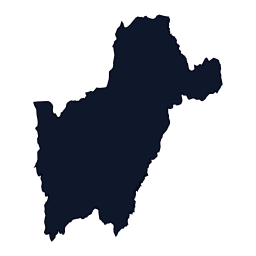 Chanae, Narathiwat, Thailand
{"feature_id": "78962969B14228474631985", "entity_name": "Chanae", "entity_type": "district", "adm_level": 2, "iso_a3": "THA", "parent_name": "Thailand", "parent_adm1": "Narathiwat", "projection": "equal_earth", "projection_center": [101.649, 6.04], "detail": "fine", "context": "isolated", "style": "filled", "palette": "ink", "viewbox_px": 256, "rotation_deg": 0, "n_neighbors": 0, "source": "geoboundaries", "source_scale": "gbopen_adm2", "svg_char_len": 5771}
<svg xmlns="http://www.w3.org/2000/svg" viewBox="0 0 256 256"><path d="M51.7,240.6L52.9,239.7L53.5,238.4L54.0,238.4L54.7,237.4L55.0,235.2L57.0,233.3L57.5,232.4L57.6,230.8L57.9,230.4L58.8,230.2L60.3,233.0L60.7,232.6L61.6,232.4L62.6,233.8L63.5,233.9L64.3,231.8L64.1,228.8L65.0,226.0L66.0,225.2L66.7,223.9L67.4,223.7L68.9,221.8L70.7,221.5L71.4,220.1L72.1,219.7L72.5,218.7L73.9,218.8L76.2,218.1L78.0,218.0L80.5,217.0L82.1,218.4L83.3,218.4L85.0,217.0L86.7,216.7L87.2,215.8L88.9,214.4L90.7,213.7L91.3,212.9L92.4,210.0L95.5,207.0L95.9,207.1L96.1,208.3L97.4,208.3L98.9,209.8L99.2,210.5L99.2,212.9L100.1,218.9L101.9,220.1L102.9,221.7L104.4,222.4L104.7,223.9L105.4,224.0L105.8,223.8L106.7,222.7L108.1,222.9L109.9,222.3L110.7,221.6L112.6,223.4L114.3,224.5L114.6,225.0L114.2,225.5L114.6,227.4L114.1,228.5L114.3,231.9L115.9,235.6L116.7,234.6L117.5,232.2L121.4,227.9L123.2,227.9L124.3,226.1L125.3,225.7L126.3,225.8L127.0,224.6L127.5,224.2L127.2,223.8L127.1,222.1L126.5,220.1L127.1,220.0L127.0,219.5L127.9,217.7L128.5,217.6L128.5,216.2L128.9,215.8L128.6,214.4L129.0,213.3L129.6,212.5L130.2,212.1L130.1,213.2L131.7,213.6L131.6,212.0L131.9,211.5L132.6,211.3L132.4,211.8L132.6,212.0L133.2,211.1L133.8,211.3L133.6,210.0L133.9,208.9L133.6,207.4L134.5,207.0L134.5,205.7L133.7,205.4L133.6,205.1L134.0,204.8L134.7,203.7L134.2,203.3L135.1,201.8L133.9,200.4L133.1,198.6L133.9,198.4L134.2,196.6L134.8,196.7L135.0,195.0L134.8,194.3L135.3,194.4L135.4,194.1L135.0,193.1L135.2,192.0L134.2,192.0L134.4,190.8L136.0,190.4L136.1,189.7L137.3,190.5L137.4,189.6L138.0,189.1L138.2,188.5L138.1,188.2L137.7,188.3L137.1,187.2L138.3,187.2L138.7,187.7L139.1,187.4L139.6,186.3L139.7,185.1L140.4,185.3L140.1,184.7L140.2,183.9L139.5,183.8L139.6,182.5L139.9,182.4L140.2,182.8L140.4,182.4L140.8,182.7L141.5,182.5L141.7,181.2L142.3,180.7L142.5,181.2L143.2,179.9L143.7,179.6L143.5,178.7L144.3,178.2L143.8,177.0L144.7,176.1L144.9,175.0L145.2,175.0L145.6,176.0L146.8,175.3L147.4,175.2L147.1,173.9L146.5,173.4L146.5,171.8L146.9,170.1L146.7,169.3L146.8,168.0L147.8,167.4L148.2,166.3L147.9,163.9L149.0,164.0L149.1,162.9L150.1,163.0L150.2,162.6L149.9,162.1L149.9,161.3L151.0,161.6L150.5,159.9L150.9,158.8L152.7,159.1L153.7,158.9L156.7,156.2L156.8,155.1L156.2,152.9L157.1,152.0L158.7,151.5L159.2,150.0L159.9,146.9L159.5,142.7L160.5,139.1L161.8,137.0L162.2,134.4L166.2,129.9L169.2,123.7L169.4,122.2L168.9,119.8L168.2,118.8L168.3,115.9L168.0,114.5L167.5,113.5L167.4,108.4L168.4,107.9L170.3,108.3L172.1,107.7L172.5,106.6L172.3,105.2L172.7,104.1L173.7,103.8L175.9,103.9L176.7,104.6L177.7,104.7L178.8,104.1L179.8,104.0L180.6,103.4L181.3,102.2L181.6,101.0L181.6,99.4L180.8,95.6L181.0,94.3L181.6,93.4L182.6,93.7L183.2,94.5L184.2,94.9L186.0,94.7L186.9,95.3L188.4,98.3L189.1,99.0L192.3,97.8L193.6,97.7L194.7,98.0L196.6,99.1L199.6,98.8L201.6,100.4L202.5,100.4L204.8,98.7L206.1,96.5L209.1,93.3L211.9,93.1L212.8,93.3L215.5,91.0L216.9,92.4L217.9,90.4L219.9,87.6L220.5,85.9L221.9,84.3L220.4,77.0L220.6,75.0L219.8,72.8L219.8,70.8L220.4,68.7L220.0,66.3L220.1,65.0L219.1,63.8L218.3,60.8L217.3,59.9L213.7,58.5L209.3,61.8L208.4,61.5L207.2,59.3L206.5,58.4L205.6,58.9L202.1,65.6L200.0,64.8L197.8,66.5L196.6,66.5L194.8,65.7L195.2,69.5L192.5,71.3L191.4,71.4L190.6,71.1L188.7,69.9L188.2,68.9L187.3,63.7L186.5,63.3L186.6,62.1L185.9,60.0L185.9,58.8L185.1,58.5L185.0,57.2L184.2,56.8L183.7,55.8L182.9,56.0L182.4,54.8L181.6,54.2L180.8,54.2L180.1,53.5L180.2,51.2L178.6,50.0L178.2,48.8L178.3,47.2L179.0,46.6L178.9,45.9L178.4,45.2L177.7,45.8L177.3,44.6L176.5,43.9L176.4,43.2L175.8,43.0L175.7,42.5L176.2,40.4L175.4,38.9L174.3,38.6L174.5,37.3L173.2,36.8L172.2,37.5L172.0,37.2L172.0,36.0L170.8,35.7L170.9,34.5L169.9,34.6L169.3,33.7L169.2,32.9L169.6,32.2L168.8,30.3L169.2,28.8L168.7,28.5L168.2,28.7L167.9,28.2L168.3,27.2L167.9,26.5L168.4,25.7L168.2,22.7L169.1,21.8L168.5,21.0L169.1,20.6L169.3,19.4L168.5,18.0L168.4,17.3L164.7,16.8L159.2,15.4L157.3,16.2L155.8,18.4L153.7,19.7L150.6,19.2L147.7,18.2L146.8,17.7L146.1,16.6L144.7,17.0L143.4,18.6L143.0,18.6L141.7,17.6L140.4,17.9L137.8,17.3L136.1,18.3L130.3,25.3L127.6,27.6L125.4,28.3L124.1,27.8L123.2,26.0L122.8,23.8L121.8,22.4L120.8,25.7L120.1,26.9L118.0,28.8L115.8,34.4L116.6,36.7L117.2,37.6L117.2,39.7L114.7,42.0L114.6,43.6L113.2,46.1L113.1,46.6L114.3,47.3L114.2,49.2L114.8,52.5L115.1,55.4L113.8,62.8L114.0,65.3L113.4,68.0L112.3,69.5L109.7,71.8L109.6,78.6L107.8,85.4L106.9,87.5L105.3,88.1L99.8,88.7L96.8,88.3L94.2,91.5L93.2,91.9L92.7,92.6L91.5,91.9L90.7,91.8L87.9,92.9L86.2,93.0L86.2,93.8L87.0,94.7L86.9,96.3L86.5,97.2L85.9,97.3L85.4,98.7L84.7,99.2L83.3,98.6L82.7,99.0L81.2,99.1L78.9,101.7L77.5,101.4L76.3,101.8L75.2,101.1L73.1,101.6L71.4,101.1L69.7,101.8L67.8,103.2L67.1,104.2L66.6,107.3L65.5,109.0L64.0,110.6L63.2,112.0L61.4,113.2L61.3,114.6L60.8,116.0L60.0,117.1L58.4,117.9L56.9,117.5L56.7,116.7L55.0,114.0L53.7,114.5L53.0,113.6L52.1,111.3L52.4,106.3L51.6,104.5L49.7,102.5L48.5,101.9L46.6,101.8L37.6,102.2L34.1,102.6L35.0,105.5L36.9,109.0L37.0,109.6L37.3,114.7L38.2,119.4L38.5,122.4L38.1,126.3L36.3,127.8L36.0,128.4L36.2,129.0L36.9,129.4L37.6,130.9L38.2,131.6L38.3,133.4L38.9,135.8L38.8,136.6L37.8,138.9L38.1,141.6L38.0,142.6L39.1,144.0L40.6,148.5L39.9,150.2L38.5,151.2L38.0,152.5L38.2,159.4L37.4,162.3L36.5,163.5L35.8,165.7L35.3,166.5L36.4,166.1L36.7,166.4L37.4,172.6L38.7,175.6L39.6,175.5L41.1,174.0L41.6,174.2L41.6,176.6L41.2,178.6L42.5,181.8L42.4,184.2L41.9,186.4L42.7,190.7L43.7,191.5L45.4,191.9L45.6,192.6L45.5,194.6L46.0,196.0L47.1,195.7L48.1,194.5L48.5,194.7L48.6,195.1L48.8,197.0L48.1,199.9L47.2,202.1L46.3,202.5L45.9,203.9L44.9,205.1L45.3,208.3L45.6,209.1L45.2,210.3L45.2,211.9L46.2,215.5L45.3,219.0L44.9,222.2L45.9,226.2L46.0,228.4L44.8,232.0L44.8,232.6L45.5,233.7L46.8,234.1L48.4,233.5L49.2,232.4L49.7,232.5L50.3,236.9L50.7,238.5L51.7,240.6Z" fill="#0f172a" stroke="#020617" stroke-width="1.5"/></svg>